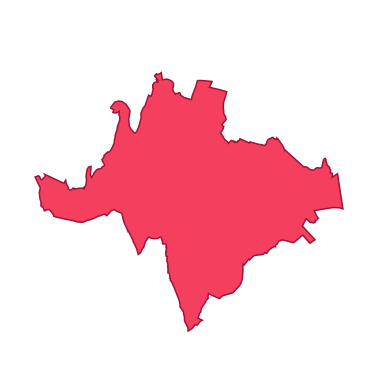 Bosanci, Suceava, Romania, rotated 46°
{"feature_id": "2599482B16284440984410", "entity_name": "Bosanci", "entity_type": "district", "adm_level": 2, "iso_a3": "ROU", "parent_name": "Romania", "parent_adm1": "Suceava", "projection": "natural_earth1", "projection_center": [26.287, 47.571], "detail": "fine", "context": "isolated", "style": "filled", "palette": "rose", "viewbox_px": 384, "rotation_deg": 46, "n_neighbors": 0, "source": "geoboundaries", "source_scale": "gbopen_adm2", "svg_char_len": 6004}
<svg xmlns="http://www.w3.org/2000/svg" viewBox="0 0 384 384"><g transform="rotate(46 192 192)"><path d="M102.9,311.2L103.4,310.9L103.4,310.0L104.8,307.6L105.4,307.0L105.8,306.8L110.8,307.3L112.4,307.6L113.6,308.3L113.9,308.2L121.6,303.3L130.5,297.1L133.7,295.4L135.6,293.8L137.8,291.6L138.7,290.0L139.6,287.2L140.8,285.3L142.2,282.3L143.2,279.9L144.1,276.6L145.6,274.0L146.7,270.8L147.4,270.2L149.9,269.8L149.4,263.6L149.6,262.5L150.7,260.1L153.0,259.7L158.6,257.3L164.5,260.9L167.6,262.4L173.1,264.2L175.7,265.4L175.6,264.9L180.1,266.2L186.1,268.2L186.8,268.8L192.5,270.5L196.4,272.3L199.6,274.1L199.9,271.6L199.4,269.5L198.3,267.1L198.1,265.6L198.4,265.4L195.8,261.0L195.2,259.4L195.0,257.8L194.6,256.9L194.8,256.4L194.5,255.8L194.5,254.2L195.5,254.1L196.1,253.8L198.1,252.7L199.8,251.2L201.3,249.3L201.8,248.4L202.0,246.9L202.4,245.9L204.4,246.2L206.3,247.4L207.4,247.7L207.9,248.1L208.2,248.9L208.8,249.2L211.5,246.9L213.5,248.4L213.3,248.7L213.9,249.2L214.5,249.2L214.9,249.5L214.9,249.9L215.6,250.7L216.2,251.6L216.6,251.5L217.2,251.9L217.2,252.6L217.6,253.4L219.4,254.4L219.4,254.7L219.8,255.2L220.2,255.2L220.5,254.8L221.4,254.6L221.7,254.8L221.9,255.1L222.1,256.2L222.7,256.2L223.0,256.5L223.9,258.0L226.0,258.8L226.7,259.5L227.3,259.6L228.0,260.0L228.1,260.4L229.2,261.7L229.7,261.7L230.4,262.6L230.8,262.7L231.4,263.5L231.7,263.6L232.4,264.2L232.5,264.7L232.8,265.0L233.2,264.9L233.5,265.3L233.7,265.0L234.5,264.9L235.6,265.3L237.4,266.6L238.0,266.8L238.4,267.4L238.4,267.9L239.0,267.9L240.1,268.4L240.5,269.0L241.0,269.1L241.7,268.9L248.1,271.1L260.4,276.2L263.1,277.7L264.9,279.0L266.3,280.4L267.2,280.7L268.1,280.6L272.6,281.6L273.7,282.6L277.3,284.7L278.9,286.5L279.7,287.0L287.1,289.3L289.0,291.3L289.3,291.4L289.7,290.2L290.3,285.7L289.5,282.1L291.0,281.2L291.4,280.5L290.8,276.9L290.9,275.3L291.4,273.6L286.9,275.3L284.4,270.5L284.5,269.0L283.5,268.0L282.2,266.1L281.4,263.1L280.7,259.0L279.8,257.1L279.8,254.2L278.7,253.5L276.4,250.7L281.7,248.8L287.8,246.2L287.7,242.8L288.0,242.2L288.8,240.4L292.1,234.2L292.8,232.6L292.9,231.2L292.4,222.8L292.0,220.9L289.6,216.3L285.1,211.2L280.9,207.1L279.4,205.3L280.8,205.2L279.8,198.6L279.9,197.7L280.8,197.8L280.7,193.4L280.9,191.6L281.8,190.1L285.9,184.8L286.5,183.2L286.2,182.5L286.4,181.7L287.1,181.5L288.0,180.7L287.3,177.1L287.3,175.3L288.0,172.1L288.8,170.3L289.4,169.9L288.7,169.3L288.4,168.7L288.5,166.7L288.3,165.8L287.6,164.0L288.2,162.8L288.9,159.9L288.9,160.4L289.3,160.6L289.6,160.0L290.9,159.1L298.9,154.3L299.3,152.3L299.7,144.9L300.0,142.3L310.8,142.8L311.8,136.7L293.2,136.3L290.5,128.5L296.2,128.0L296.4,127.5L296.9,127.1L298.9,126.0L299.2,124.6L299.1,124.1L298.7,124.0L298.5,123.6L298.7,122.6L298.7,119.3L297.9,119.4L294.3,118.5L290.3,117.0L296.4,108.1L301.4,101.0L306.1,96.7L309.0,95.2L279.9,74.6L279.1,79.5L278.7,80.9L277.2,79.1L275.7,78.1L274.1,79.0L273.1,77.7L272.3,77.1L270.8,76.6L269.8,75.9L266.6,76.1L261.6,73.4L261.7,73.2L260.4,72.8L260.0,73.7L260.1,74.1L260.6,74.9L260.4,75.4L262.6,78.5L263.9,80.6L264.6,81.4L264.1,82.6L263.5,83.4L262.7,84.2L261.8,84.7L261.4,85.1L261.1,86.2L261.1,87.2L260.8,88.2L260.8,89.0L260.7,89.4L260.3,89.8L258.3,91.2L257.1,91.6L254.0,92.0L253.6,92.2L251.3,94.2L226.4,95.9L226.5,96.3L222.7,94.8L213.5,93.3L212.2,93.5L213.2,94.3L213.1,94.6L212.0,95.6L211.8,95.2L210.4,95.9L209.0,95.8L208.2,97.0L208.2,98.1L207.5,99.1L207.3,99.8L207.3,101.6L207.6,102.5L208.0,103.6L208.9,105.1L209.0,106.3L208.8,107.6L208.6,107.9L207.1,108.5L205.7,109.4L205.4,109.9L203.2,111.4L196.2,115.5L196.7,116.7L187.0,120.5L187.8,122.2L187.0,123.1L187.9,124.8L185.5,126.1L185.9,126.8L184.7,127.0L184.4,126.6L182.1,128.1L182.3,132.0L181.3,131.6L180.8,131.6L176.7,132.0L172.3,130.8L169.6,130.6L169.1,129.6L168.9,128.1L168.0,125.2L167.1,124.5L167.0,123.7L164.6,123.9L164.3,123.6L163.6,117.2L163.3,116.8L161.2,115.9L161.2,115.5L158.9,115.2L158.2,114.9L156.8,113.9L155.8,112.9L154.4,112.0L152.1,110.0L149.6,107.1L148.0,104.4L146.7,101.7L144.0,97.4L137.8,100.9L128.8,106.7L126.4,100.8L118.5,107.6L115.6,110.7L118.9,116.3L122.6,124.4L123.6,126.1L125.3,128.2L118.3,132.2L114.2,132.8L114.0,133.0L113.0,131.9L112.0,132.0L111.5,132.5L111.2,133.9L109.7,135.4L109.9,135.8L108.8,135.9L107.2,135.6L105.0,134.8L103.4,132.7L102.4,131.1L101.3,129.9L98.5,129.5L94.7,130.8L93.4,131.6L92.2,133.3L90.9,134.7L90.6,135.4L84.8,131.1L84.6,133.0L83.2,135.9L82.4,135.4L82.2,136.1L82.3,137.8L82.7,138.4L87.2,138.6L86.9,138.8L86.9,139.5L86.7,139.7L87.5,139.9L88.5,139.4L89.3,140.3L88.1,141.2L87.1,143.0L87.1,143.6L87.8,145.5L87.6,145.8L88.8,146.8L89.8,148.1L90.6,147.8L93.6,152.6L94.7,155.0L92.2,156.0L97.3,165.7L97.6,168.8L99.7,173.6L100.7,174.9L103.0,176.7L107.5,183.9L109.4,188.0L110.1,189.9L109.9,192.0L109.2,192.6L106.0,192.2L104.5,192.3L100.8,191.2L95.5,186.8L90.9,180.6L90.3,180.2L89.0,179.7L83.3,178.5L78.4,179.4L75.4,181.8L73.7,185.3L74.5,190.6L74.6,191.4L75.2,192.3L78.4,191.1L79.8,193.6L81.1,192.9L82.6,191.5L83.4,188.3L85.6,190.9L88.0,191.9L88.8,192.8L89.5,193.3L90.4,194.6L92.4,198.7L93.8,200.5L93.4,200.5L95.1,202.7L97.7,207.7L99.5,209.5L100.8,211.8L102.8,214.0L105.0,219.7L105.7,223.0L105.5,224.4L104.6,224.8L104.6,229.3L104.7,230.0L105.7,231.1L106.2,234.5L111.6,236.0L112.1,237.0L112.1,237.6L111.5,238.9L111.9,240.5L111.5,242.2L110.4,243.2L109.8,245.1L109.8,245.7L110.0,246.7L110.3,249.7L110.9,250.5L111.7,254.2L110.0,253.6L109.0,253.0L107.5,251.6L106.0,249.5L103.4,246.8L102.2,249.1L102.6,250.9L103.2,252.3L107.3,257.6L108.8,258.5L110.9,260.4L113.4,263.8L113.7,264.5L113.6,266.7L114.6,267.0L114.9,267.3L114.5,267.7L113.0,268.2L112.2,269.0L109.7,272.2L108.5,274.3L107.9,273.9L107.2,274.6L106.7,274.7L106.5,275.0L106.7,277.2L105.8,278.5L105.1,278.9L104.4,278.8L102.5,277.7L99.1,276.8L95.7,274.7L96.0,275.8L96.8,278.1L76.9,285.7L78.2,286.0L78.8,287.1L78.8,289.7L79.1,290.7L78.8,291.6L78.3,292.0L76.8,291.7L75.1,291.0L73.7,291.1L72.2,294.4L83.7,298.3L86.2,302.1L89.9,305.1L92.7,306.9L94.3,307.4L94.9,308.2L96.1,309.2L96.6,310.1L98.8,310.2L99.1,309.9L99.6,309.8L102.9,311.2Z" fill="#f43f5e" stroke="#9f1239" stroke-width="1.5"/></g></svg>